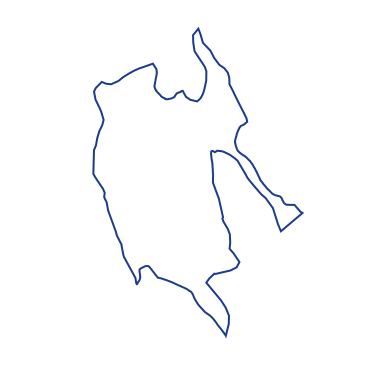 the district of Dhulaymat Habur, Amran, Yemen, rotated 334°
{"feature_id": "15242507B9657421257860", "entity_name": "Dhulaymat Habur", "entity_type": "district", "adm_level": 2, "iso_a3": "YEM", "parent_name": "Yemen", "parent_adm1": "Amran", "projection": "equal_earth", "projection_center": [43.768, 16.038], "detail": "fine", "context": "isolated", "style": "outline", "palette": "blue", "viewbox_px": 384, "rotation_deg": 334, "n_neighbors": 0, "source": "geoboundaries", "source_scale": "gbopen_adm2", "svg_char_len": 5905}
<svg xmlns="http://www.w3.org/2000/svg" viewBox="0 0 384 384"><g transform="rotate(334 192 192)"><path d="M159.4,336.0L167.2,326.7L171.0,319.4L171.6,310.7L170.5,301.8L165.1,279.8L169.4,277.4L176.0,275.3L176.3,275.2L177.0,275.9L192.2,279.4L199.0,279.3L203.9,275.8L202.5,265.4L202.2,264.3L201.9,263.3L201.6,262.3L201.3,261.0L201.2,260.5L201.1,260.0L200.9,259.5L204.0,254.6L207.4,246.8L208.0,241.2L207.3,232.8L207.6,229.3L208.8,228.4L213.2,209.9L214.9,193.0L215.2,192.5L215.3,192.1L215.7,191.3L216.6,189.4L217.0,188.6L217.5,187.9L217.9,186.9L218.4,186.1L218.8,185.1L219.1,184.1L219.4,183.3L219.9,182.5L220.0,182.0L220.8,180.3L221.0,179.8L221.2,179.1L221.8,177.7L222.1,177.2L222.7,175.7L222.8,175.0L223.1,174.6L223.4,173.4L223.5,173.0L223.6,172.5L223.7,172.0L224.0,171.4L224.2,170.6L224.4,170.0L224.8,169.0L225.0,168.5L225.2,168.0L225.4,167.3L225.6,166.6L225.8,166.1L226.6,164.7L227.0,164.2L227.5,163.9L227.8,164.0L228.2,164.0L228.5,164.3L228.8,164.5L229.1,164.8L229.9,166.1L230.3,166.3L231.0,166.3L231.4,166.1L232.1,166.0L232.9,166.0L234.1,166.8L234.4,167.1L234.8,167.2L235.2,167.5L235.6,167.7L236.2,168.1L236.6,168.5L236.9,168.6L237.9,169.7L238.2,169.9L238.6,170.3L239.2,171.2L239.6,171.6L240.0,172.2L240.4,172.6L241.5,174.0L243.0,176.2L243.1,176.6L244.1,178.3L244.8,179.7L245.2,180.4L245.7,181.7L246.0,182.3L246.3,183.0L246.6,183.5L247.9,198.9L248.0,202.2L248.1,203.5L248.1,204.0L248.3,204.5L248.6,206.3L250.6,214.5L253.2,224.3L255.5,229.7L257.6,241.6L257.7,241.8L255.2,258.3L254.7,266.3L282.1,259.3L280.7,257.1L278.5,248.6L271.2,244.8L269.8,242.1L269.8,240.3L269.8,240.1L269.8,239.7L269.7,239.5L269.7,239.1L269.8,238.9L269.8,238.2L269.8,237.9L269.8,236.4L269.7,236.1L269.6,235.7L269.4,235.0L268.8,234.2L268.3,233.8L267.8,233.4L267.7,233.3L267.2,233.0L266.9,232.6L266.7,232.4L266.1,231.9L265.9,231.8L265.7,231.6L265.5,231.4L264.2,229.9L264.0,229.5L263.8,229.3L263.7,229.1L263.4,228.7L263.3,228.4L263.2,228.0L263.1,227.7L263.0,227.3L262.7,226.7L262.6,226.1L262.5,225.7L262.3,225.0L262.2,224.7L262.0,224.4L261.9,224.0L261.7,223.5L261.5,223.1L261.4,222.6L261.2,222.3L261.2,222.0L261.0,221.3L260.9,221.1L260.8,220.6L260.7,220.4L260.7,220.0L260.5,219.5L260.5,219.1L260.3,218.7L260.2,218.3L260.2,218.1L260.1,217.8L260.0,217.4L259.9,217.0L259.7,216.7L259.6,215.9L259.5,215.7L259.5,215.1L259.4,214.9L259.4,214.5L259.2,213.9L259.2,213.5L258.8,212.3L258.8,212.0L258.7,211.7L258.7,210.4L258.8,209.7L258.8,208.8L258.8,204.6L258.8,204.2L258.9,202.1L258.8,201.7L258.8,198.1L258.7,197.8L258.7,197.3L258.6,197.1L258.6,196.1L258.5,195.5L258.5,194.2L258.4,193.8L258.4,193.3L258.3,192.9L258.1,191.8L257.9,191.1L257.8,190.1L257.7,189.7L257.5,189.1L257.3,188.7L257.1,188.2L257.1,187.9L256.9,187.7L256.8,187.3L256.7,186.6L256.4,185.9L256.3,185.7L256.2,185.1L256.0,184.7L255.9,184.3L255.8,184.2L255.6,184.0L255.6,183.6L255.4,183.4L255.3,183.1L255.1,182.8L254.9,182.5L254.6,182.0L254.3,181.5L254.1,181.4L253.9,180.9L253.7,180.6L253.4,180.0L253.1,179.6L252.8,179.0L252.7,178.7L252.6,178.4L252.3,178.0L252.0,177.1L251.8,176.9L251.7,176.2L251.5,175.7L251.3,175.2L251.2,174.8L251.2,173.7L251.3,173.3L251.3,172.6L251.4,172.0L251.4,171.6L251.5,171.0L251.5,170.6L251.5,170.4L251.5,169.9L251.6,169.6L251.8,169.1L251.8,168.9L251.9,168.2L252.0,167.9L252.2,167.7L252.3,166.9L252.5,166.6L252.5,166.2L252.5,165.9L252.8,165.6L253.0,165.1L253.4,164.5L253.9,163.9L254.4,163.3L254.7,162.9L255.0,162.7L255.4,162.2L255.6,162.1L255.7,161.9L255.9,161.8L256.3,161.2L256.9,160.6L257.2,160.0L257.7,159.6L258.8,158.4L259.3,158.0L260.4,157.0L260.7,156.8L261.0,156.5L261.2,156.4L261.3,156.2L261.8,155.9L262.2,155.5L262.7,155.1L262.9,155.1L263.5,154.7L263.8,154.6L264.7,154.1L268.6,154.1L272.4,153.1L273.3,149.5L273.3,143.7L273.1,134.0L273.0,124.3L273.1,119.8L272.9,111.4L273.8,109.7L275.6,105.5L276.5,100.5L275.3,94.9L272.3,89.7L270.7,81.3L270.5,73.0L267.2,62.7L268.7,54.5L269.3,48.0L261.7,51.5L258.6,58.3L258.5,58.6L256.0,66.7L258.4,85.1L257.8,89.9L253.5,98.3L247.4,106.0L244.4,109.0L240.8,111.5L236.4,112.9L230.8,108.3L228.3,103.8L228.0,97.0L227.3,96.7L226.7,96.7L226.4,96.8L226.2,96.8L226.0,97.0L225.1,97.0L224.8,96.9L224.5,96.9L224.2,96.8L223.3,96.9L223.0,96.8L222.9,96.7L221.8,96.7L221.6,96.7L221.4,96.8L221.2,96.9L220.9,97.1L220.3,97.3L219.4,97.8L218.5,98.4L217.8,98.9L214.6,98.9L210.3,97.8L208.8,96.7L208.9,96.4L206.5,93.2L206.3,92.7L206.2,92.3L206.2,91.9L206.0,91.2L205.8,90.5L205.5,89.7L205.4,89.4L205.3,89.0L205.0,88.2L204.7,87.5L204.7,87.1L204.6,86.6L204.5,86.3L204.4,86.0L204.4,85.7L204.3,85.3L204.3,85.0L204.1,84.9L204.1,82.9L204.3,82.7L204.3,81.7L204.4,81.3L204.5,80.7L205.1,79.7L205.3,79.5L205.6,79.0L206.3,78.1L206.5,77.8L207.4,76.7L207.9,76.0L208.3,75.3L209.1,74.3L209.5,73.7L210.3,72.9L210.7,72.3L210.9,71.9L211.6,71.1L212.2,70.2L212.5,69.7L212.6,69.3L212.9,68.8L213.0,68.4L213.5,67.2L213.6,66.5L213.8,66.0L213.8,65.5L213.1,59.5L204.9,58.6L198.5,57.8L194.0,57.6L187.1,57.9L180.4,58.6L174.5,60.0L166.5,59.7L162.2,57.0L159.1,53.5L151.0,56.4L147.9,58.9L145.8,66.6L145.8,75.2L145.6,80.1L144.2,88.4L140.8,92.4L135.4,96.7L130.5,102.0L126.1,108.0L122.2,111.5L111.3,132.4L111.5,136.5L113.2,148.9L113.4,149.9L113.2,154.5L112.4,155.7L111.0,157.7L110.7,159.4L110.8,163.7L108.5,171.9L106.2,194.1L105.4,198.3L105.6,208.8L105.2,209.2L102.9,217.8L102.4,220.3L103.5,244.4L101.9,249.6L102.1,250.7L102.3,250.7L104.3,249.3L105.7,248.6L107.5,246.9L108.7,244.5L109.9,240.6L110.8,238.7L112.8,238.2L117.5,238.2L119.7,239.0L120.8,240.3L121.3,242.5L123.7,254.0L125.1,255.0L126.3,256.0L127.5,257.2L128.6,258.3L129.9,259.5L133.3,263.1L135.5,265.6L136.7,267.2L137.8,268.5L138.8,269.8L139.9,271.0L143.5,275.3L144.6,276.8L145.6,278.2L146.2,279.7L147.3,281.0L147.7,282.8L147.8,284.5L147.6,287.9L147.6,289.8L147.8,291.7L148.2,295.8L148.7,297.6L149.2,299.6L149.9,301.7L151.0,305.6L153.9,310.8L154.6,312.5L155.3,314.4L156.3,319.0L156.9,323.1L157.4,325.2L157.9,327.4L158.3,329.4L159.1,333.8L159.4,335.7L159.4,336.0Z" fill="none" stroke="#1e3a8a" stroke-width="2"/></g></svg>